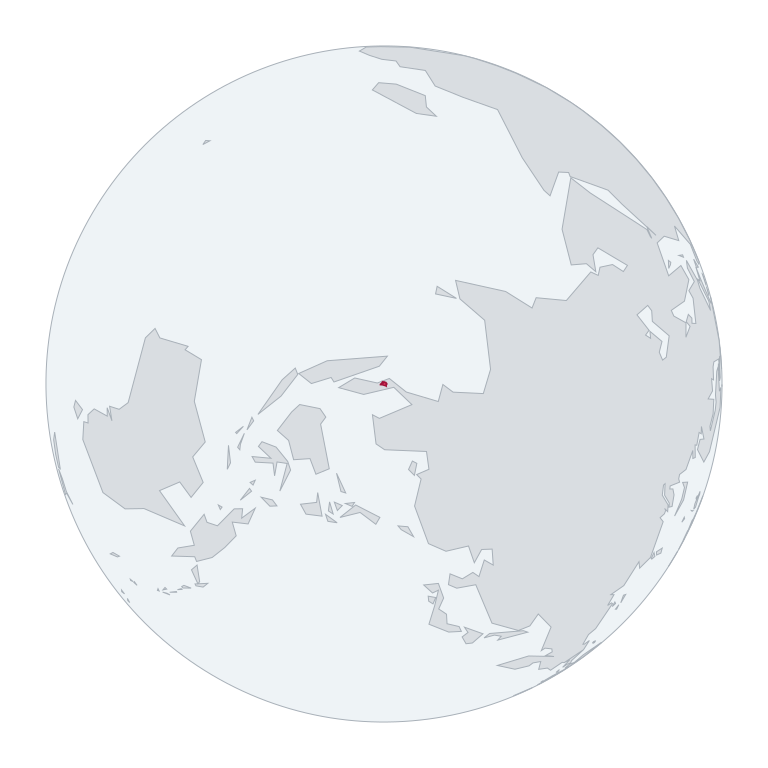 Trang on an orthographic globe, rotated 122°
{"feature_id": "THA-387", "entity_name": "Trang", "entity_type": "Province", "adm_level": 1, "iso_a3": "THA", "parent_name": "Thailand", "parent_adm1": "", "projection": "orthographic", "projection_center": [99.627, 7.524], "detail": "fine", "context": "on_globe", "style": "filled", "palette": "rose", "viewbox_px": 768, "rotation_deg": 122, "n_neighbors": 0, "source": "natural_earth", "source_scale": "10m", "svg_char_len": 9607}
<svg xmlns="http://www.w3.org/2000/svg" viewBox="0 0 768 768"><g transform="rotate(122 384 384)"><circle cx="384" cy="384" r="338" fill="#eef3f6" stroke="#a8b0b8"/><path d="M704.1,483.8L703.5,486.2L703.4,486.6L704.1,483.8ZM570.1,102.0L579.8,109.1L562.9,97.3L570.1,102.0ZM554.3,92.2L557.8,94.5L551.4,90.9L549.7,90.5L541.7,86.3L531.3,80.2L525.9,77.8L529.1,80.0L523.1,78.0L519.2,75.0L508.4,71.6L488.9,63.2L487.6,62.4L510.5,70.7L532.8,80.6L554.3,92.2ZM550.9,91.2L553.8,93.0L551.7,92.1L550.9,91.2ZM537.5,85.3L533.2,83.9L535.8,84.1L537.5,85.3ZM529.6,82.4L519.4,80.3L524.9,83.6L503.6,74.0L519.3,78.4L521.6,77.9L524.4,80.0L529.6,82.4ZM493.4,69.5L489.4,68.5L491.7,68.5L493.4,69.5ZM113.6,181.3L115.4,180.7L113.9,183.8L103.2,198.2L96.1,221.4L106.2,210.0L110.2,224.7L119.6,227.1L141.4,199.9L126.2,195.0L133.9,180.8L154.5,173.1L169.3,179.4L172.8,174.2L172.1,160.3L184.4,152.7L172.9,155.0L171.0,160.7L163.7,162.8L165.0,157.8L169.3,155.0L167.4,151.6L147.4,167.4L143.3,174.9L132.7,175.1L124.9,188.1L118.9,193.1L129.8,173.3L135.5,166.7L148.6,146.0L141.6,152.5L128.9,173.1L128.9,170.9L119.4,181.7L126.6,171.9L142.4,149.3L138.8,151.5L137.0,153.3L169.7,122.7L169.6,122.8L181.8,113.8L183.2,113.9L200.5,102.2L203.6,101.1L192.5,108.0L185.5,113.5L190.4,116.0L195.1,114.0L205.9,106.7L205.9,109.0L215.8,101.7L224.9,101.2L222.2,96.2L234.9,89.1L247.1,85.2L250.8,82.4L230.9,89.1L223.3,92.8L217.6,97.1L196.7,108.6L192.3,109.8L212.4,95.7L208.3,96.5L225.7,86.6L269.0,72.1L280.7,71.4L273.5,83.4L263.5,86.6L261.1,83.5L251.8,92.3L258.1,88.6L258.1,91.1L270.2,86.3L270.8,87.9L281.4,81.1L283.5,82.6L276.7,86.9L296.5,82.6L304.1,85.4L308.3,83.8L310.6,81.3L318.8,87.3L321.6,86.0L319.9,83.4L324.3,79.3L335.2,74.8L337.4,77.0L333.8,79.0L329.6,87.1L319.6,92.8L321.6,93.4L330.8,89.1L336.0,79.0L341.9,75.8L340.9,80.1L341.7,78.2L345.4,77.4L351.1,79.0L352.8,74.3L389.9,66.1L404.7,69.6L399.6,73.6L427.9,73.8L442.4,80.0L440.8,77.3L453.3,77.0L449.0,75.0L449.2,73.8L479.3,74.9L488.1,77.8L499.3,77.4L498.6,76.3L492.7,73.9L503.6,74.0L524.9,83.6L525.6,85.4L538.5,91.1L538.3,94.9L544.0,101.6L536.3,104.0L541.6,109.9L546.1,111.6L556.5,121.8L562.6,138.7L538.0,117.2L525.0,95.4L528.6,103.0L522.0,99.4L519.7,101.3L522.7,107.5L526.7,109.3L501.6,113.5L497.3,131.3L511.8,132.1L521.8,139.4L529.6,165.7L505.6,199.8L518.6,214.1L520.0,223.0L510.0,227.4L507.7,214.3L496.7,208.8L497.0,201.4L480.1,205.7L479.7,195.4L466.7,204.8L472.6,213.5L487.7,212.7L476.6,226.5L493.0,242.8L495.8,261.7L471.3,293.4L444.9,302.2L443.5,308.3L432.5,300.7L418.7,312.2L439.4,348.6L439.0,359.0L416.2,377.5L415.6,369.7L386.7,349.4L381.6,373.9L403.6,395.7L411.1,420.5L394.4,412.0L386.7,390.2L376.5,382.4L379.0,360.9L370.1,328.7L353.2,333.8L354.3,321.1L339.5,294.7L315.1,301.4L276.6,332.4L271.6,364.7L258.2,378.2L241.1,329.9L241.1,298.7L230.2,300.7L216.6,273.6L179.4,268.0L178.4,259.9L170.5,262.7L161.6,253.5L161.8,240.6L154.4,240.4L155.2,274.8L163.6,275.3L176.5,263.9L174.7,276.1L183.8,288.3L158.4,315.0L110.2,334.8L112.7,310.4L113.7,242.9L117.8,236.3L118.1,235.5L118.6,234.1L111.2,244.7L113.8,232.1L105.4,277.3L100.9,296.7L109.4,336.1L106.8,339.5L111.7,348.2L136.4,342.9L135.0,350.9L118.9,386.6L91.1,433.1L99.0,468.9L104.2,498.5L96.2,515.1L106.4,538.5L103.7,545.0L109.8,557.9L113.0,570.5L114.7,581.3L107.6,577.6L99.6,565.5L84.6,540.4L63.1,489.9L59.8,479.3L54.3,456.9L50.5,436.6L46.6,403.3L46.2,374.9L46.6,366.2L46.9,360.3L49.5,336.2L53.7,312.4L59.7,289.0L67.3,266.0L76.6,243.7L87.4,222.0L99.8,201.2L113.6,181.3ZM177.6,202.0L191.3,206.1L198.0,187.7L203.9,188.1L204.0,182.1L198.4,186.4L200.6,170.8L211.2,167.4L216.1,160.4L211.7,158.8L192.0,167.7L188.7,189.6L180.0,195.8L177.6,202.0ZM207.2,96.0L205.3,97.2L207.2,96.0ZM192.3,105.7L181.4,113.7L174.8,118.7L192.3,105.7ZM368.0,46.5L367.9,46.5L355.3,47.3L360.0,47.0L357.4,47.6L347.1,48.8L349.7,48.1L336.5,50.4L333.9,50.2L332.5,50.5L326.5,51.2L316.9,52.9L317.2,52.8L313.3,53.6L309.8,54.3L338.7,49.1L368.0,46.5ZM388.3,46.1L378.8,46.2L370.2,46.4L371.7,46.3L388.3,46.1ZM118.5,179.0L118.5,180.1L120.0,180.3L114.0,187.6L118.5,179.0ZM128.9,163.6L129.8,163.0L122.0,172.4L122.1,171.7L128.9,163.6ZM136.9,155.3L130.5,162.3L133.9,158.1L136.9,155.3ZM194.0,107.5L195.8,107.1L193.4,108.9L189.4,111.3L194.0,107.5ZM307.5,59.1L310.4,57.8L312.5,57.5L323.3,54.6L326.1,55.0L320.7,56.9L307.5,59.1ZM135.1,203.8L128.5,208.3L128.8,205.3L131.0,204.3L135.1,203.8ZM117.8,197.2L118.7,202.1L116.2,199.2L117.8,197.2ZM312.4,59.1L316.5,57.8L315.4,58.9L312.4,59.1ZM328.7,55.3L328.4,56.4L327.7,54.8L328.7,55.3ZM270.0,660.5L276.9,664.5L272.0,664.3L270.0,660.5ZM137.4,499.9L140.8,549.7L131.3,548.2L123.2,532.5L117.6,501.8L126.6,494.8L129.2,481.5L137.4,499.9ZM494.4,480.8L504.1,482.6L503.7,484.2L494.4,480.8ZM484.3,475.0L495.5,475.9L482.2,478.4L484.3,475.0ZM499.8,476.3L511.3,473.8L516.2,471.4L515.2,474.6L499.8,476.3ZM476.6,474.8L434.4,472.6L417.5,467.7L421.6,462.2L448.8,464.9L476.6,474.8ZM420.3,461.9L394.4,444.5L358.6,395.9L371.4,397.4L408.8,427.5L406.5,432.3L422.1,445.8L420.3,461.9ZM482.4,435.0L479.9,449.8L456.7,447.5L446.1,444.6L438.8,425.2L442.9,415.8L451.6,416.5L484.9,385.5L496.6,393.9L486.5,407.2L496.1,420.5L482.4,435.0ZM273.0,367.9L280.3,388.0L273.0,390.7L273.0,367.9ZM498.0,363.5L484.8,377.0L496.7,358.7L498.0,363.5ZM504.7,346.2L505.8,353.4L500.1,346.2L504.7,346.2ZM443.5,317.9L434.3,319.1L433.9,314.1L445.4,309.8L443.5,317.9ZM497.8,278.0L498.4,292.2L496.9,296.9L492.4,288.1L497.8,278.0ZM342.0,67.6L323.9,70.5L312.6,74.3L309.2,78.6L306.3,74.5L323.6,68.5L342.0,67.6ZM383.8,65.7L386.7,62.9L390.6,64.1L390.5,64.9L383.8,65.7ZM381.9,64.0L375.7,61.1L380.7,59.6L384.6,62.2L381.9,64.0ZM343.4,58.2L337.8,58.8L338.9,57.7L343.4,58.2ZM627.4,613.7L627.0,615.9L617.6,625.2L606.3,634.6L599.3,637.8L627.4,613.7ZM561.4,636.9L565.5,626.1L575.8,625.3L567.9,634.8L561.4,636.9ZM634.9,606.4L643.5,596.4L651.0,584.0L644.8,595.3L646.4,595.6L628.4,615.0L634.9,606.4ZM535.4,591.1L471.3,610.8L458.2,607.6L463.7,598.5L455.9,570.1L460.4,570.8L460.1,551.7L499.2,535.7L527.9,504.9L547.2,507.6L563.3,485.2L582.4,487.5L575.3,505.3L593.4,517.9L610.0,477.9L616.8,521.5L627.1,537.4L625.0,564.8L590.7,610.0L575.0,618.6L573.9,614.3L566.9,618.8L558.7,616.6L557.9,601.7L550.8,606.2L559.4,595.2L548.3,604.9L545.8,595.2L535.4,591.1ZM670.2,517.1L671.9,518.4L673.1,526.1L670.5,524.6L670.2,517.1ZM699.5,492.8L699.1,496.4L697.8,497.4L699.5,492.8ZM703.4,486.6L701.8,488.0L704.1,483.8L703.4,486.6ZM684.5,492.0L684.9,494.7L684.0,495.7L684.5,492.0ZM683.9,491.0L685.6,486.7L684.8,491.1L683.9,491.0ZM677.3,467.2L678.7,465.0L679.1,466.8L677.3,467.2ZM518.4,483.4L532.2,472.4L539.4,471.7L518.4,483.4ZM675.8,462.4L672.6,461.9L673.1,459.6L675.8,462.4ZM676.4,457.0L676.3,453.7L677.8,461.5L676.4,457.0ZM670.5,449.5L674.2,455.4L670.0,450.1L670.5,449.5ZM667.9,450.2L665.0,447.5L665.3,446.5L667.9,450.2ZM630.8,453.0L642.4,472.9L632.3,471.9L621.3,459.4L611.4,470.2L589.8,467.5L595.1,460.8L592.5,450.1L569.3,444.9L564.7,437.8L573.2,433.6L557.5,427.4L574.7,425.1L581.5,439.5L591.1,428.9L607.1,432.4L622.2,437.8L633.8,448.9L630.8,453.0ZM574.2,456.1L577.2,456.3L574.4,460.4L574.2,456.1ZM659.3,439.4L663.6,446.5L663.0,448.2L660.8,447.0L659.3,439.4ZM636.6,446.6L649.3,435.6L652.1,435.9L643.6,448.8L636.6,446.6ZM646.4,427.8L652.1,429.8L654.8,436.5L653.7,438.3L646.4,427.8ZM539.1,441.5L538.4,445.4L533.8,442.2L539.1,441.5ZM545.1,439.5L558.7,444.3L543.8,442.7L545.1,439.5ZM502.7,424.0L506.8,433.4L519.9,428.1L509.9,436.2L518.5,451.8L515.4,457.4L506.9,440.5L503.5,457.4L497.6,456.9L494.7,442.1L500.7,424.6L506.5,417.6L530.0,415.6L502.7,424.0ZM545.1,428.2L541.4,417.2L544.1,410.2L548.1,416.0L545.1,428.2ZM530.2,391.1L520.1,378.4L511.2,382.7L528.9,366.5L535.7,381.2L530.2,391.1ZM521.1,363.9L512.8,367.7L521.2,358.2L521.1,363.9ZM510.5,363.5L509.2,355.0L516.0,356.5L510.5,363.5ZM525.5,364.5L526.5,350.2L530.2,358.8L525.5,364.5ZM505.6,336.2L520.5,350.6L501.6,343.9L499.3,316.8L507.3,316.6L505.6,336.2ZM540.5,234.1L537.7,227.0L544.5,225.9L544.5,231.0L540.5,234.1ZM563.9,218.6L545.3,223.5L530.0,228.6L535.5,232.1L533.4,243.8L524.3,232.2L533.9,220.0L545.8,218.4L546.1,209.0L553.9,203.5L549.9,191.8L552.8,187.3L560.1,197.7L563.9,218.6ZM547.6,186.9L543.4,167.7L556.8,171.8L560.8,176.8L557.1,183.7L550.2,181.1L547.6,186.9ZM546.3,164.6L539.6,162.2L519.3,135.0L518.3,130.6L540.9,151.8L535.8,150.9L538.4,157.3L546.3,164.6ZM491.5,69.8L489.6,68.6L493.4,70.0L491.5,69.8ZM446.5,72.7L447.4,71.3L451.8,72.5L446.5,72.7ZM452.3,68.4L446.7,67.9L451.7,67.4L452.3,68.4ZM434.4,67.5L444.1,67.3L436.2,69.0L434.4,67.5Z" fill="#d9dde1" stroke="#a8b0b8" stroke-width="1"/><path d="M384.7,386.3L384.4,386.4L384.3,386.1L384.1,386.2L384.0,386.3L383.9,386.3L383.9,386.2L383.6,385.9L383.5,385.7L383.8,385.3L383.8,385.1L383.9,384.9L383.7,385.2L383.5,385.3L383.4,385.3L383.4,385.2L383.4,384.9L383.2,384.9L383.2,385.0L383.2,385.3L382.9,385.4L382.6,385.2L382.3,384.8L382.4,384.7L382.3,384.3L382.3,384.2L382.2,384.1L382.1,383.8L382.1,383.7L382.0,383.4L381.9,383.5L381.9,383.4L381.8,383.2L382.1,383.1L382.3,382.8L382.3,382.7L382.2,382.4L382.1,382.2L382.3,381.9L382.3,381.7L382.5,381.6L382.6,381.8L382.8,381.9L383.0,381.8L383.3,381.9L383.5,381.9L383.5,381.7L383.8,381.5L383.8,381.4L384.0,381.3L384.3,381.3L384.5,381.3L384.6,381.2L384.6,381.3L384.7,381.5L384.6,381.8L384.6,382.0L384.9,382.6L385.0,382.9L385.0,383.0L385.1,383.3L385.0,383.5L385.2,383.8L385.2,384.0L385.3,384.2L385.3,384.3L385.5,384.8L385.6,385.0L385.8,385.3L385.9,385.5L385.9,385.8L386.0,386.0L386.4,386.5L386.5,386.7L386.3,386.8L386.2,386.7L385.8,386.3L385.7,386.3L385.6,386.6L385.4,386.7L385.2,386.5L385.2,386.4L385.1,386.2L385.0,386.3L384.9,386.3L384.7,386.3L384.7,386.3ZM382.7,385.5L382.8,385.6L383.0,385.7L382.9,385.7L382.7,385.7L382.6,385.9L382.5,385.6L382.7,385.5Z" fill="#f43f5e" stroke="#9f1239" stroke-width="1.5"/></g></svg>